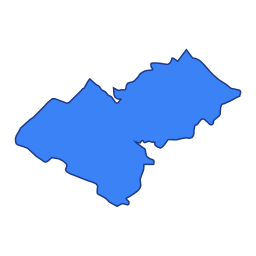 outline of Ha Giang, Hà Giang, Vietnam
{"feature_id": "81297802B3651989276752", "entity_name": "Ha Giang", "entity_type": "district", "adm_level": 2, "iso_a3": "VNM", "parent_name": "Vietnam", "parent_adm1": "Hà Giang", "projection": "natural_earth1", "projection_center": [104.979, 22.815], "detail": "fine", "context": "isolated", "style": "filled", "palette": "blue", "viewbox_px": 256, "rotation_deg": 0, "n_neighbors": 0, "source": "geoboundaries", "source_scale": "gbopen_adm2", "svg_char_len": 3242}
<svg xmlns="http://www.w3.org/2000/svg" viewBox="0 0 256 256"><path d="M239.6,96.2L240.5,93.0L240.6,92.0L240.3,90.9L239.5,90.2L235.2,89.2L231.1,88.4L226.2,84.5L218.9,79.8L212.6,74.4L209.9,71.4L204.1,64.8L200.7,61.4L199.1,60.2L196.1,58.7L192.5,57.9L189.6,54.1L186.4,49.7L178.3,60.5L177.5,61.2L176.3,60.2L173.8,58.5L172.9,58.2L172.3,58.0L171.8,58.6L171.6,59.7L171.2,60.7L170.2,62.4L169.9,63.0L168.0,64.4L167.6,64.4L164.2,64.0L160.8,63.4L158.0,63.1L153.3,63.0L151.7,63.2L151.0,63.7L150.9,64.7L151.1,66.4L151.5,67.5L152.6,68.8L152.8,69.4L152.3,69.8L150.4,70.2L147.6,70.4L144.4,71.2L141.6,72.8L140.0,74.0L138.2,76.8L134.4,80.8L133.2,81.5L131.9,82.1L129.9,82.4L128.4,83.0L127.7,83.3L126.9,84.5L126.4,85.5L126.0,88.3L125.6,89.2L124.9,89.9L124.2,90.0L123.1,89.8L121.7,89.7L120.5,90.0L119.2,90.4L118.1,90.4L116.8,89.7L113.5,87.9L113.7,89.8L114.0,94.3L114.3,95.5L114.9,96.9L117.0,98.6L118.0,99.0L118.6,99.1L120.0,98.9L120.9,99.3L119.7,100.7L118.7,102.0L118.0,102.8L117.3,103.0L116.5,103.1L115.1,102.0L113.6,99.7L112.0,97.5L111.0,96.5L108.1,95.2L106.6,93.2L105.4,91.9L103.8,91.0L101.5,89.8L99.3,86.5L98.8,86.1L97.8,85.5L95.9,84.4L93.3,82.1L89.8,78.9L88.7,80.3L86.8,83.3L84.2,88.1L82.6,88.8L81.0,90.8L69.4,102.2L67.8,103.0L66.6,103.1L54.9,98.8L53.5,98.7L52.3,98.8L47.7,102.6L44.6,106.0L35.2,115.5L33.2,117.5L30.3,119.4L24.2,124.8L20.7,128.0L18.9,131.3L16.4,135.7L15.4,138.8L15.8,142.6L16.4,143.9L17.8,144.8L20.6,145.8L23.9,146.8L27.5,148.2L30.4,150.8L36.0,156.1L40.8,159.3L44.3,161.8L45.6,162.0L46.5,161.8L47.2,161.5L48.5,160.6L51.8,157.6L59.2,158.9L63.5,161.3L66.6,164.1L66.8,165.3L66.8,166.3L66.2,167.7L65.7,169.0L65.6,169.8L66.1,170.9L67.0,171.9L70.0,173.7L84.4,179.3L88.8,181.0L92.1,182.0L96.0,183.7L97.5,185.6L97.6,186.8L97.2,189.9L97.2,192.4L97.4,193.5L98.4,194.4L102.0,196.2L104.8,197.8L106.8,199.3L109.3,202.0L110.8,202.9L112.2,203.6L117.2,206.3L119.3,205.0L122.1,203.7L123.4,203.7L126.5,204.5L127.5,204.8L128.0,204.7L128.7,204.1L129.0,203.2L128.9,201.7L126.6,199.4L126.3,198.6L126.5,198.2L129.0,196.8L133.7,193.8L137.7,190.9L139.9,188.1L140.4,186.9L140.7,185.9L140.7,184.5L140.1,179.7L140.5,178.1L142.2,173.5L143.4,170.4L143.7,168.6L143.9,165.4L144.0,164.4L153.6,164.4L153.8,163.5L154.0,162.2L153.9,161.0L153.4,160.1L152.5,159.6L150.0,158.8L147.3,157.0L146.5,156.0L145.6,152.6L145.3,149.8L144.7,148.7L142.7,147.5L139.3,145.0L136.8,143.3L135.4,141.8L138.3,142.7L139.4,142.9L140.1,142.9L140.8,141.8L141.6,140.8L142.3,140.6L143.1,140.7L143.7,141.8L144.2,142.5L144.7,142.6L145.6,142.4L148.1,141.4L148.7,141.3L150.1,141.6L152.7,142.2L154.0,142.3L154.9,142.2L154.8,144.1L155.3,145.3L157.6,147.0L160.3,148.0L161.8,147.4L164.1,145.1L166.9,141.2L168.1,139.6L170.8,139.6L174.8,139.8L177.2,139.7L181.1,138.7L184.1,138.1L186.7,137.8L188.5,138.1L190.1,138.1L192.0,137.5L193.1,136.1L193.8,134.0L194.0,130.3L194.7,126.0L195.4,125.1L195.9,125.0L196.8,124.8L197.4,124.3L198.0,123.6L200.1,120.8L201.0,119.7L202.1,119.0L203.1,119.0L204.2,119.3L206.1,120.9L208.0,122.6L209.3,124.0L210.3,124.7L210.9,124.7L211.9,124.8L213.1,123.6L213.7,120.8L214.8,119.4L216.3,118.3L219.2,115.9L220.1,114.4L220.3,111.4L220.6,107.7L221.4,105.0L222.0,104.2L224.0,103.7L230.4,100.9L235.9,97.8L238.6,96.6L238.8,96.5L239.6,96.2Z" fill="#3b82f6" stroke="#1e3a8a" stroke-width="1.5"/></svg>